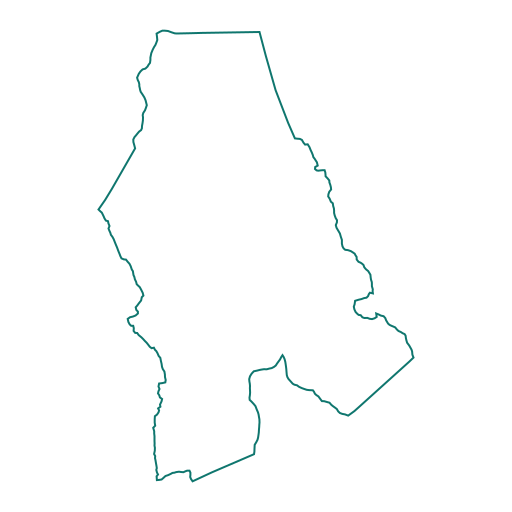 outline of Mucugê, Bahia, Brazil
{"feature_id": "56859067B79492424701178", "entity_name": "Mucugê", "entity_type": "district", "adm_level": 2, "iso_a3": "BRA", "parent_name": "Brazil", "parent_adm1": "Bahia", "projection": "albers", "projection_center": [-41.471, -13.068], "detail": "fine", "context": "isolated", "style": "outline", "palette": "teal", "viewbox_px": 512, "rotation_deg": 0, "n_neighbors": 0, "source": "geoboundaries", "source_scale": "gbopen_adm2", "svg_char_len": 5270}
<svg xmlns="http://www.w3.org/2000/svg" viewBox="0 0 512 512"><path d="M156.9,480.1L159.2,479.9L161.6,479.5L163.1,478.2L165.5,476.0L168.2,475.1L170.9,473.8L172.5,472.9L174.4,472.7L176.2,472.1L179.0,471.7L181.0,472.0L183.4,472.2L185.4,471.3L187.0,470.7L189.5,470.7L190.4,472.6L190.4,474.8L190.2,477.0L191.0,479.0L192.6,481.3L212.0,472.3L254.0,454.2L254.4,451.7L254.5,448.6L254.7,444.8L256.2,442.3L257.5,439.8L258.1,437.5L258.5,434.8L258.8,432.5L259.0,429.1L259.2,427.0L259.3,424.8L259.5,422.6L259.4,419.3L259.0,417.1L258.6,414.6L258.0,412.4L256.7,409.4L255.5,406.2L253.9,404.2L251.6,401.7L249.7,399.9L249.5,397.7L249.9,395.1L250.1,392.6L250.0,390.1L249.9,388.1L250.0,386.0L249.8,383.7L249.4,381.5L249.2,379.1L250.0,376.3L251.6,373.7L253.8,371.3L257.1,370.6L259.8,369.9L262.0,369.5L264.0,369.2L266.7,369.3L269.2,368.6L271.7,368.1L274.0,366.9L275.8,365.5L277.0,363.6L278.3,361.8L280.0,359.5L281.3,357.0L282.5,355.2L283.7,357.1L284.6,359.2L285.3,361.9L285.6,363.8L286.0,366.6L286.3,369.1L286.5,371.8L286.8,375.1L287.4,377.1L288.5,379.0L290.4,381.1L292.7,383.7L294.4,384.7L297.0,385.3L299.0,386.8L301.8,388.1L304.3,389.0L306.7,389.8L309.0,390.1L311.0,390.2L312.9,390.3L314.0,391.8L314.9,393.7L316.4,395.1L318.4,396.4L320.3,399.0L321.9,401.1L324.2,401.2L327.3,402.1L329.5,402.7L331.3,404.8L333.0,406.2L334.7,407.4L336.8,409.0L338.2,411.4L339.9,413.0L342.3,413.9L345.0,414.4L348.2,415.6L354.4,411.1L359.1,406.9L409.1,361.8L413.5,357.6L412.4,354.7L412.1,351.4L411.5,349.6L410.5,347.8L409.2,345.5L407.1,342.7L406.4,340.3L405.9,338.1L405.6,335.7L404.6,334.1L402.6,333.2L400.8,332.0L398.5,331.0L396.9,329.5L395.2,327.4L393.2,326.5L391.5,325.8L389.6,324.9L388.1,323.6L387.2,322.1L386.1,320.3L385.3,318.1L383.6,316.2L380.9,315.6L378.5,314.4L376.2,313.5L376.7,316.9L374.6,318.3L372.0,319.1L369.7,318.8L367.4,317.9L364.4,318.0L362.4,317.3L360.7,315.2L358.6,314.9L357.2,313.7L355.6,312.0L354.4,309.4L353.8,306.7L354.6,304.3L355.1,300.8L358.7,299.7L361.4,299.1L364.1,298.1L366.5,297.7L368.1,296.1L368.8,294.2L369.9,292.7L372.9,293.4L372.6,291.2L372.8,289.3L371.9,286.2L371.9,283.9L371.8,282.1L371.0,279.6L370.7,277.7L370.4,274.7L368.2,271.1L366.0,269.3L364.3,267.3L363.5,265.0L362.2,263.8L360.6,262.7L358.5,261.8L356.7,259.5L356.6,256.9L355.5,255.3L354.7,253.7L353.0,252.5L350.8,251.1L347.8,250.1L345.2,249.8L343.6,248.4L342.5,246.4L341.9,243.7L341.9,239.9L340.8,236.7L339.9,233.5L338.5,231.1L337.6,229.6L336.5,227.7L335.8,225.1L336.9,222.4L337.0,220.2L335.7,218.1L334.7,215.4L334.1,213.0L334.1,210.6L333.9,208.4L333.2,206.1L332.8,203.3L330.9,201.7L329.6,198.6L328.2,196.5L328.4,194.3L329.3,191.7L331.1,189.5L330.9,187.3L330.3,184.9L329.4,182.4L329.3,180.5L327.7,178.5L325.6,176.3L325.5,174.4L325.3,172.4L324.6,170.2L322.6,170.2L320.4,170.4L318.3,170.7L316.6,170.4L315.0,169.0L315.2,167.0L317.7,165.6L316.9,162.3L315.6,160.3L314.6,158.7L313.4,157.2L312.8,155.0L311.8,152.5L310.6,150.0L309.5,147.2L307.7,144.3L305.1,144.6L303.5,142.7L301.9,139.9L299.9,138.9L297.5,138.7L294.9,138.4L288.1,122.8L275.6,90.2L265.8,55.8L259.5,32.0L202.2,32.9L190.8,33.2L176.4,33.5L174.6,33.3L171.5,32.3L168.0,31.0L165.0,30.7L162.3,30.7L160.0,31.7L156.6,33.6L157.0,36.9L157.3,40.0L156.3,42.8L155.4,45.0L154.1,47.0L152.8,49.5L151.3,53.1L150.8,55.6L150.4,57.5L150.4,60.0L150.0,62.9L148.6,64.7L147.5,66.6L145.4,68.6L142.6,69.4L140.5,71.4L138.8,73.8L137.1,77.7L137.8,80.1L138.8,82.1L139.3,84.2L139.3,86.1L139.8,88.2L140.1,89.9L140.7,91.8L142.6,94.6L144.4,97.5L145.6,100.4L146.1,102.4L146.8,105.2L145.9,107.9L145.0,110.3L143.3,112.9L142.7,115.1L143.0,117.3L142.9,120.5L142.5,123.3L142.0,126.0L141.9,128.3L141.1,130.1L139.1,131.6L137.5,133.5L135.9,135.5L134.5,137.1L133.3,139.5L133.4,142.1L134.3,145.3L135.1,148.4L111.8,189.0L105.1,200.0L98.5,209.5L100.3,211.3L101.8,212.6L102.8,214.6L103.8,216.7L104.5,218.4L105.9,220.6L108.0,221.2L108.4,223.3L109.5,226.0L108.5,228.5L109.4,230.8L110.3,232.7L110.9,234.8L112.4,236.8L113.7,239.2L114.9,242.3L116.0,245.0L117.1,247.6L118.0,250.1L118.7,251.9L119.5,253.8L120.4,256.2L121.5,258.4L123.9,259.4L126.0,259.6L127.6,261.7L129.5,263.8L130.7,266.2L131.8,269.5L132.9,271.2L133.2,273.2L133.5,275.1L134.3,276.8L134.9,279.3L136.1,281.8L136.7,284.2L137.9,285.4L139.8,287.2L141.2,289.8L142.7,292.8L143.4,295.6L141.8,297.2L141.1,300.5L138.8,303.4L137.2,305.6L135.7,307.3L136.3,309.9L137.9,311.6L137.9,313.5L135.6,315.5L132.8,316.6L130.1,317.2L127.7,318.9L128.4,322.0L129.7,324.4L131.2,325.8L133.2,325.8L133.8,328.2L133.6,330.9L135.2,332.9L137.2,333.0L138.7,335.1L141.4,337.3L143.2,339.1L144.9,341.0L146.6,342.7L147.9,344.3L149.8,346.8L151.6,348.2L153.9,347.7L154.9,349.7L156.3,351.1L157.5,353.2L158.7,356.0L160.3,357.8L160.9,360.9L161.6,363.9L162.0,366.8L162.8,369.1L164.4,371.5L164.9,374.5L165.0,377.1L165.7,380.0L165.3,382.4L162.3,383.1L159.1,383.5L158.5,386.5L159.5,389.0L158.5,391.2L158.0,393.4L159.3,395.3L159.9,397.4L162.1,399.0L161.5,401.5L160.0,404.6L160.4,406.7L158.1,408.4L159.1,410.4L158.5,412.4L157.0,414.6L154.9,416.2L154.7,419.1L154.7,422.7L155.2,425.7L153.2,427.8L154.2,431.2L154.2,433.6L154.5,436.1L154.5,438.7L154.5,441.1L154.6,443.4L154.5,445.6L154.9,447.8L154.8,450.7L154.1,454.0L155.2,456.1L155.0,458.1L155.5,460.3L156.0,463.3L156.5,466.1L156.8,468.1L156.3,469.9L157.0,472.6L158.0,474.5L156.6,476.3L156.9,480.1Z" fill="none" stroke="#0f766e" stroke-width="2"/></svg>